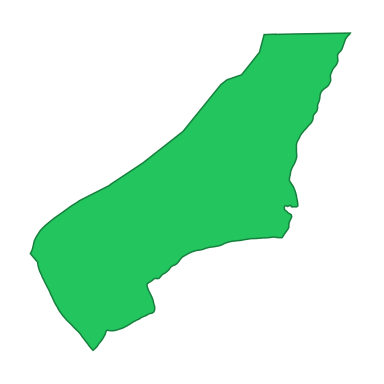 Harib, Ma'rib, Yemen (Mercator projection), rotated 358°
{"feature_id": "15242507B38885789134427", "entity_name": "Harib", "entity_type": "district", "adm_level": 2, "iso_a3": "YEM", "parent_name": "Yemen", "parent_adm1": "Ma'rib", "projection": "mercator", "projection_center": [45.379, 14.919], "detail": "fine", "context": "isolated", "style": "filled", "palette": "green", "viewbox_px": 384, "rotation_deg": 358, "n_neighbors": 0, "source": "geoboundaries", "source_scale": "gbopen_adm2", "svg_char_len": 4731}
<svg xmlns="http://www.w3.org/2000/svg" viewBox="0 0 384 384"><g transform="rotate(358 192 192)"><path d="M355.7,38.7L301.7,37.7L281.2,37.4L281.2,37.2L269.6,37.2L264.3,54.7L258.0,62.1L252.0,69.2L246.3,75.8L245.7,76.6L230.9,81.1L224.7,85.6L193.3,121.7L185.2,131.1L144.0,161.2L139.8,163.8L110.6,181.7L110.7,182.1L79.3,196.7L77.8,197.7L76.2,198.7L74.5,199.7L72.9,200.6L71.2,201.6L69.6,202.6L68.1,203.6L66.5,204.7L64.7,205.9L63.0,207.1L61.3,208.2L59.5,209.4L57.9,210.4L57.1,210.9L56.2,211.5L54.7,212.5L53.2,213.5L51.7,214.6L49.9,216.0L48.4,217.1L46.9,218.3L45.3,219.5L43.5,221.0L42.1,222.3L40.6,223.7L39.3,225.0L38.2,226.4L37.1,228.1L36.0,229.6L35.0,231.1L34.0,232.8L33.8,233.2L33.1,234.6L32.4,236.3L31.9,238.3L31.4,240.4L30.9,242.1L30.3,244.1L30.2,244.4L28.3,247.9L33.9,255.1L35.2,256.5L35.4,258.5L35.7,260.5L36.1,262.5L36.6,264.5L37.2,266.2L37.9,267.8L38.7,269.6L39.3,271.5L40.1,273.3L41.0,275.1L41.7,276.9L42.7,278.8L43.4,280.5L44.3,282.4L45.2,284.1L45.9,285.7L46.6,287.5L47.3,289.4L47.6,290.1L48.3,291.5L49.1,293.5L49.9,295.5L50.6,297.1L51.4,298.8L52.3,300.5L53.4,302.3L54.2,304.2L55.3,306.1L56.3,307.7L57.6,309.6L58.9,311.5L60.1,312.9L61.3,314.4L62.4,315.8L63.8,317.2L65.2,318.6L66.7,320.2L68.1,321.9L69.3,323.2L70.6,324.7L72.0,326.1L73.3,327.4L74.7,329.0L75.8,330.5L76.9,332.3L78.2,334.2L79.4,335.8L80.5,337.4L81.6,338.9L82.6,340.3L83.7,342.0L84.8,343.5L85.9,344.9L87.1,346.3L87.6,346.8L88.9,345.7L90.3,344.5L91.6,343.3L92.7,341.7L93.9,340.0L95.2,338.6L96.4,337.2L96.9,336.6L97.5,335.7L97.9,335.1L98.6,334.1L98.9,333.4L99.9,331.9L100.6,330.3L101.1,328.5L102.3,327.1L104.1,327.5L105.8,327.8L107.6,327.9L109.6,327.8L111.5,327.4L113.2,326.9L115.1,326.4L116.9,325.9L118.6,325.3L120.4,324.4L122.2,323.6L123.9,322.6L125.6,321.7L127.2,320.7L128.9,319.7L130.7,318.9L132.5,317.9L134.3,317.4L135.8,316.4L137.4,315.5L139.1,314.8L140.9,314.2L142.6,313.5L144.2,312.4L145.9,312.0L147.8,311.7L149.4,310.7L150.4,309.1L150.7,307.2L150.7,305.2L150.1,303.4L149.8,301.7L149.5,299.9L149.0,297.9L148.4,296.1L147.7,294.4L146.9,292.8L146.2,291.1L145.3,289.2L144.6,287.2L144.1,285.5L143.7,283.7L144.2,281.9L145.8,281.0L147.6,280.0L147.8,279.9L149.1,279.0L150.0,278.3L150.6,277.7L152.3,277.0L154.1,277.4L155.9,277.2L157.4,275.8L158.6,274.3L160.1,273.0L161.8,272.3L163.5,271.2L165.2,269.8L166.5,268.6L167.3,267.3L167.5,267.1L168.8,265.7L170.4,264.9L172.1,264.4L173.8,263.5L175.2,262.2L176.4,260.9L177.6,259.4L178.7,258.0L180.0,256.7L181.7,255.8L183.3,254.9L185.2,253.9L186.8,253.1L188.5,252.4L190.3,251.7L192.2,251.2L194.1,250.7L195.9,250.4L197.7,250.3L199.6,250.0L201.4,249.5L203.3,248.9L205.1,248.4L207.0,248.0L208.9,247.7L210.9,247.6L212.6,247.4L214.6,247.1L216.4,246.8L216.9,246.7L218.1,246.5L219.8,245.9L221.4,245.2L223.3,244.3L225.2,243.8L227.1,243.2L229.0,242.9L230.8,242.6L232.6,242.5L234.4,242.3L236.4,242.2L238.6,242.1L240.7,241.8L242.6,241.5L244.8,241.2L246.8,241.0L248.9,240.7L250.7,240.7L252.2,240.7L252.4,240.7L252.6,240.7L253.0,240.7L254.7,240.7L256.7,240.6L258.9,240.5L260.9,240.4L262.8,240.4L264.6,240.4L266.5,240.3L268.7,240.2L270.6,239.9L272.6,239.9L274.5,240.3L276.3,240.6L278.1,240.7L279.9,240.8L280.5,240.7L280.8,240.3L281.9,238.8L283.0,237.1L284.2,235.6L285.4,234.0L286.6,232.4L287.5,230.7L287.6,228.9L287.8,227.0L288.3,225.3L289.2,223.3L290.2,221.7L290.8,220.0L290.4,218.2L288.8,217.1L287.2,216.1L286.0,214.7L284.4,213.4L284.1,213.0L283.7,211.9L283.7,210.6L284.1,209.5L284.7,209.1L285.4,209.0L285.9,209.0L287.0,209.8L287.9,209.4L289.1,208.9L290.0,208.8L290.6,209.7L290.7,210.0L291.2,210.3L291.5,210.5L293.0,210.3L293.4,210.3L294.3,210.4L296.0,210.5L297.2,209.7L297.3,207.8L297.1,205.9L296.9,204.0L296.5,202.1L296.3,200.2L296.0,198.2L295.5,196.3L295.0,194.4L294.3,192.5L293.7,190.8L292.9,189.2L291.9,187.6L290.8,185.9L289.8,184.3L289.8,182.5L290.1,180.6L290.6,178.8L291.0,177.0L291.3,175.1L292.0,173.2L292.8,171.5L293.8,169.7L294.8,168.1L295.9,166.0L296.7,164.3L297.4,162.2L297.9,160.5L297.9,158.4L297.8,156.3L297.8,154.3L297.9,152.4L297.9,150.4L297.9,150.0L298.1,148.2L298.5,146.3L299.4,144.5L300.4,142.8L301.4,141.1L302.3,139.3L303.4,137.7L304.8,136.1L306.2,134.5L307.7,133.1L309.2,131.5L310.4,130.1L312.0,128.6L313.5,127.1L314.5,125.5L315.3,123.9L315.6,122.1L315.8,120.1L316.8,118.6L318.0,117.3L319.3,115.9L319.9,114.5L320.5,112.5L320.5,109.6L321.1,108.0L322.0,106.2L322.6,104.4L323.0,102.6L323.2,100.7L323.6,98.7L324.4,96.9L325.6,95.3L327.0,94.0L328.5,92.9L330.0,92.0L331.6,90.7L332.9,88.9L333.7,87.3L334.5,85.5L334.5,83.5L334.3,81.4L334.6,79.4L335.5,77.5L336.2,75.9L337.2,74.0L338.4,72.5L339.8,71.0L340.9,69.6L341.8,67.7L342.4,65.9L342.3,64.0L342.2,62.2L342.3,60.1L343.2,58.4L344.7,57.1L345.9,55.8L346.9,54.2L347.6,52.5L350.8,44.4L353.3,41.2L354.8,40.1L355.7,38.7Z" fill="#22c55e" stroke="#15803d" stroke-width="1.5"/></g></svg>